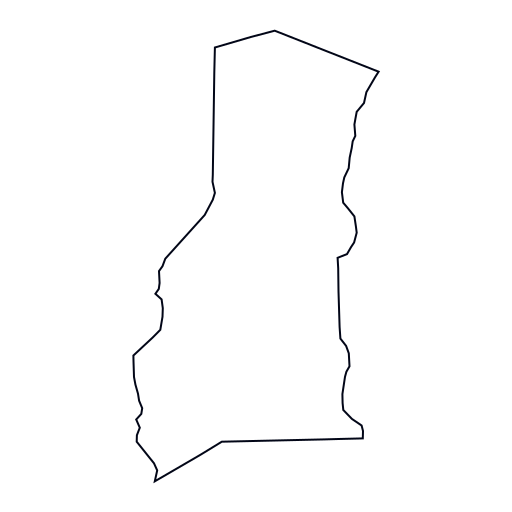 Estrela de Alagoas, Alagoas, Brazil
{"feature_id": "56859067B1490416965052", "entity_name": "Estrela de Alagoas", "entity_type": "district", "adm_level": 2, "iso_a3": "BRA", "parent_name": "Brazil", "parent_adm1": "Alagoas", "projection": "robinson", "projection_center": [-36.768, -9.389], "detail": "fine", "context": "isolated", "style": "outline", "palette": "ink", "viewbox_px": 512, "rotation_deg": 0, "n_neighbors": 0, "source": "geoboundaries", "source_scale": "gbopen_adm2", "svg_char_len": 1126}
<svg xmlns="http://www.w3.org/2000/svg" viewBox="0 0 512 512"><path d="M214.9,47.5L214.3,72.4L212.8,174.8L212.5,181.8L214.9,192.9L212.8,199.7L204.7,215.0L165.3,258.7L162.5,266.2L159.0,271.1L159.6,283.0L158.8,288.9L155.4,293.8L161.6,299.4L162.8,308.2L162.5,316.8L160.3,329.8L152.7,337.5L141.1,348.3L133.4,355.5L133.5,361.2L134.0,377.0L135.4,384.5L138.0,393.7L139.1,400.7L142.2,408.2L141.3,413.9L136.2,419.5L139.8,427.7L136.9,435.2L136.7,441.7L154.0,463.3L157.2,470.4L154.8,481.3L195.1,457.9L200.9,454.5L221.8,441.7L284.1,440.3L324.3,439.4L338.5,439.0L362.8,438.4L363.0,431.0L361.6,425.5L351.9,418.9L343.3,410.0L342.6,403.1L342.4,394.1L345.0,376.8L346.4,371.7L349.5,366.3L348.8,353.3L346.1,345.9L340.4,338.6L339.6,327.0L338.5,291.4L338.2,268.3L337.6,257.8L347.0,254.1L351.1,247.0L354.1,242.5L356.7,232.7L355.9,226.4L354.4,216.4L347.7,208.0L343.2,202.7L341.9,192.2L343.0,183.3L344.3,177.4L348.7,168.2L349.7,157.5L351.7,148.1L352.7,141.3L355.3,135.9L354.4,124.5L355.6,117.7L356.7,111.8L364.0,103.0L366.4,92.1L375.1,77.2L378.6,71.7L327.9,51.7L274.7,30.7L250.8,37.0L214.9,47.5Z" fill="none" stroke="#020617" stroke-width="2"/></svg>